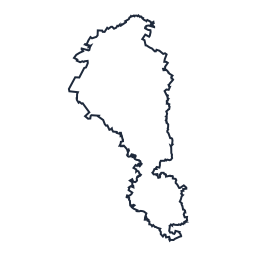 Cienaga De Oro, Córdoba, Colombia
{"feature_id": "7082276B90107957997642", "entity_name": "Cienaga De Oro", "entity_type": "district", "adm_level": 2, "iso_a3": "COL", "parent_name": "Colombia", "parent_adm1": "Córdoba", "projection": "mercator", "projection_center": [-75.574, 8.811], "detail": "fine", "context": "isolated", "style": "outline", "palette": "slate", "viewbox_px": 256, "rotation_deg": 0, "n_neighbors": 0, "source": "geoboundaries", "source_scale": "gbopen_adm2", "svg_char_len": 5908}
<svg xmlns="http://www.w3.org/2000/svg" viewBox="0 0 256 256"><path d="M81.7,103.7L82.7,103.3L89.3,112.3L85.1,116.2L88.1,118.7L90.3,118.5L90.6,116.1L91.4,115.2L98.7,115.7L98.1,116.4L103.2,120.0L104.8,124.2L106.1,125.7L107.4,125.4L109.4,129.8L110.6,129.4L111.8,128.4L112.0,129.6L113.1,131.6L116.5,131.9L116.8,132.0L116.7,132.9L119.6,133.8L119.9,132.8L120.9,132.8L121.2,134.3L120.6,135.1L120.6,136.2L121.8,135.9L122.5,139.1L122.9,139.4L123.0,141.2L120.9,141.8L120.6,143.7L119.6,145.7L120.8,145.6L120.9,146.2L122.8,146.2L123.0,145.7L123.9,145.7L126.7,148.9L127.3,150.2L127.9,150.1L128.6,149.5L129.0,150.7L127.8,151.7L128.1,152.2L127.6,154.0L127.8,154.6L127.1,155.1L127.8,156.2L128.7,156.7L131.4,156.2L131.5,155.4L131.0,155.3L131.6,154.3L132.9,154.6L132.6,157.1L134.2,157.0L133.9,155.3L134.8,155.1L135.6,155.6L135.6,156.6L134.4,158.2L134.8,158.9L136.4,159.8L138.9,160.2L139.0,160.7L140.2,161.1L140.8,163.2L141.6,163.8L141.4,164.3L139.1,163.5L138.5,163.9L139.0,165.1L139.3,165.0L140.1,165.8L139.7,166.3L137.7,164.9L137.0,165.9L135.6,165.0L133.5,167.9L136.3,169.5L136.2,171.6L137.0,170.9L138.4,171.3L139.2,172.8L139.3,173.6L140.9,174.8L140.2,175.7L139.3,175.5L139.0,175.7L139.3,176.0L138.1,176.9L137.5,176.5L137.1,177.0L136.7,178.6L137.0,180.4L136.5,181.2L135.2,182.1L133.3,181.7L132.2,179.2L129.9,180.6L132.4,182.4L132.2,185.0L133.2,185.7L133.4,187.3L130.7,186.2L128.9,187.4L129.4,187.8L128.6,190.1L132.3,192.6L131.3,194.3L129.0,195.9L127.1,195.4L126.6,197.1L127.3,197.5L128.5,197.1L129.2,197.9L129.0,199.7L129.9,200.8L130.1,204.3L130.6,205.1L130.3,205.5L130.5,205.8L131.3,206.2L131.9,205.3L132.9,205.2L133.7,204.8L134.5,205.3L132.0,207.4L133.7,208.7L137.2,210.2L136.6,211.0L136.9,211.2L139.2,211.3L140.7,210.9L142.8,211.2L144.0,211.6L146.1,213.2L146.4,213.4L145.3,216.6L146.1,216.6L146.3,217.3L145.2,217.3L144.8,219.7L146.5,219.7L147.1,218.8L148.5,219.9L147.9,220.8L149.4,221.5L149.3,224.3L150.3,224.4L151.6,225.2L152.1,226.2L153.2,225.1L155.0,227.0L155.7,226.9L157.3,227.8L160.2,228.7L159.4,229.9L160.8,231.9L160.8,234.1L162.9,236.5L164.3,234.5L165.5,234.7L166.1,237.4L169.2,236.8L169.8,238.7L169.3,238.8L169.2,239.2L169.8,240.6L170.5,239.9L173.5,240.0L175.0,238.8L179.8,236.6L181.0,236.4L181.2,236.1L180.5,234.2L179.2,232.5L179.5,232.0L175.5,230.9L175.0,232.8L174.3,233.9L172.9,233.5L171.9,232.3L170.2,232.6L169.2,230.9L169.8,226.8L169.6,225.8L170.7,225.2L170.8,224.8L171.6,225.3L171.5,225.0L171.9,225.1L172.2,224.6L172.9,224.8L173.6,224.2L174.8,224.8L178.1,225.0L178.7,224.4L180.3,224.9L180.5,224.4L181.1,224.5L181.9,223.5L183.1,224.1L183.5,223.5L184.3,223.4L184.2,222.5L184.8,222.6L185.0,222.1L186.0,221.9L185.1,221.5L187.1,220.2L186.8,218.4L187.0,217.0L184.7,217.3L183.7,214.4L184.6,212.3L185.3,212.4L185.0,210.6L183.5,209.3L183.0,209.4L182.4,205.9L182.1,205.7L181.5,204.0L181.9,203.3L179.8,201.6L180.9,199.2L181.6,196.4L182.9,195.1L182.2,194.8L181.3,193.8L181.8,193.4L181.5,191.0L183.4,190.8L183.1,189.1L186.3,188.7L186.3,187.6L183.8,185.4L180.1,187.9L179.2,188.0L177.2,184.5L175.7,183.0L175.7,181.5L176.3,180.2L175.6,178.9L172.8,178.5L172.8,176.3L172.1,176.0L170.3,176.1L170.0,175.7L167.0,176.4L166.4,176.0L166.0,176.4L165.7,175.3L165.9,174.5L165.4,174.1L164.3,174.1L163.7,172.8L161.3,172.8L160.6,173.7L160.7,174.3L159.7,174.7L160.1,176.4L159.9,177.4L158.3,177.8L157.5,175.3L156.7,175.2L157.0,174.1L153.7,174.4L152.4,172.7L153.3,171.8L154.4,169.1L156.4,169.0L155.9,168.2L156.7,167.0L159.4,167.6L159.9,165.4L159.9,162.7L160.8,160.8L164.6,160.8L165.3,159.6L166.3,160.4L167.2,159.6L169.6,160.2L170.8,159.8L172.1,158.1L171.8,156.3L172.0,154.8L171.3,153.0L171.2,147.5L170.6,145.7L171.2,146.1L172.6,144.4L172.1,144.2L172.5,140.6L172.2,138.9L171.6,138.2L170.2,138.1L168.5,133.3L167.3,131.9L167.3,130.8L168.2,129.3L167.7,128.4L168.1,127.3L168.2,124.5L167.8,123.9L166.6,122.9L166.8,122.3L166.3,121.8L166.6,121.1L165.8,120.3L166.7,119.0L166.7,118.3L166.4,118.2L166.6,117.4L166.2,117.4L166.6,117.2L166.5,116.5L166.1,116.4L166.6,115.8L167.1,113.6L166.3,111.4L167.7,110.3L168.1,109.6L169.2,109.1L169.6,106.7L169.0,106.0L169.3,104.3L167.3,103.8L167.7,103.4L167.1,103.1L167.3,102.8L166.8,102.2L166.8,100.9L167.3,100.4L167.7,100.5L168.0,99.8L167.8,98.8L168.3,98.6L167.6,98.0L167.6,96.9L167.3,96.6L167.9,95.6L167.6,95.2L166.6,95.1L164.6,91.1L166.4,89.5L168.7,89.8L169.8,87.2L169.4,87.3L168.6,85.0L169.2,84.9L169.6,83.7L173.1,79.7L171.9,78.1L171.5,78.3L171.2,77.2L172.5,75.6L169.3,73.6L168.7,72.6L168.4,72.7L167.8,71.4L166.4,70.0L163.5,70.2L163.1,68.8L165.2,68.6L165.1,66.7L167.8,62.9L166.4,61.9L164.3,61.8L164.8,59.1L166.6,54.4L165.0,53.3L163.2,53.9L159.4,50.7L156.5,49.8L155.8,51.3L154.7,51.3L152.0,48.5L149.7,47.5L146.3,45.3L145.6,45.3L144.5,40.2L142.3,39.1L145.3,34.6L149.1,36.7L149.8,35.7L150.6,32.0L150.4,30.2L148.1,29.9L145.1,28.3L145.2,27.2L146.1,26.8L146.3,25.9L148.5,25.5L154.1,27.1L154.1,26.6L152.7,25.6L150.5,25.5L150.7,24.6L152.7,24.4L153.2,23.0L153.6,23.0L153.4,21.9L151.4,23.1L150.7,22.4L150.6,21.7L147.3,20.0L146.4,21.1L146.1,20.6L144.5,20.2L142.6,18.6L143.0,18.0L141.7,17.4L141.3,16.6L140.1,16.4L139.8,16.8L138.4,15.4L137.7,16.2L136.6,15.6L134.6,15.7L134.4,16.3L133.6,16.0L133.5,15.7L131.6,16.5L131.0,16.0L130.3,17.1L129.4,17.6L128.8,19.2L125.3,21.1L126.0,21.7L126.0,22.2L122.2,24.7L121.9,24.4L120.7,25.8L119.6,25.2L119.6,24.8L118.3,26.2L117.3,25.8L116.2,27.7L114.0,28.7L112.2,26.8L111.1,26.8L108.4,28.8L107.2,27.8L104.6,31.9L102.7,31.8L102.2,30.6L97.8,30.4L97.6,35.4L96.3,36.9L92.0,38.3L90.5,37.1L88.4,40.4L86.7,44.3L85.1,44.1L84.9,44.4L86.6,44.7L86.4,45.1L87.0,45.3L87.8,45.4L87.9,45.0L89.1,45.4L88.7,46.7L90.8,45.6L90.0,47.0L89.3,50.0L88.6,50.4L81.7,48.5L81.6,49.1L83.1,51.2L79.6,52.8L76.3,54.8L74.0,57.9L77.3,59.6L76.8,60.7L80.2,62.2L82.4,61.3L83.8,61.9L84.5,61.3L87.6,60.9L87.8,63.0L87.3,64.4L86.0,67.4L84.2,68.0L79.3,77.5L75.2,77.3L68.9,89.0L69.4,91.3L77.9,92.2L77.1,94.0L77.0,98.2L76.7,98.2L76.7,98.8L76.9,99.9L78.6,102.7L79.6,101.9L81.7,103.7Z" fill="none" stroke="#1e293b" stroke-width="2"/></svg>